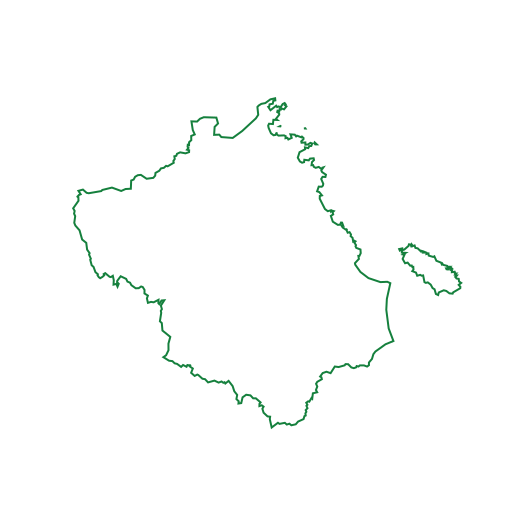 Jember, Jawa Timur, Indonesia (orthographic projection), rotated 219°
{"feature_id": "22746128B56085237319005", "entity_name": "Jember", "entity_type": "district", "adm_level": 2, "iso_a3": "IDN", "parent_name": "Indonesia", "parent_adm1": "Jawa Timur", "projection": "orthographic", "projection_center": [113.624, -8.266], "detail": "fine", "context": "isolated", "style": "outline", "palette": "green", "viewbox_px": 512, "rotation_deg": 219, "n_neighbors": 0, "source": "geoboundaries", "source_scale": "gbopen_adm2", "svg_char_len": 6133}
<svg xmlns="http://www.w3.org/2000/svg" viewBox="0 0 512 512"><g transform="rotate(219 256 256)"><path d="M432.3,198.7L435.0,194.9L431.1,193.6L432.1,191.8L431.6,190.3L432.9,189.8L430.8,189.6L428.7,187.2L428.1,178.0L425.3,176.9L424.0,174.4L421.6,173.2L418.1,167.4L415.6,166.0L409.3,164.9L401.5,159.4L396.2,159.4L391.3,154.7L387.1,153.5L386.6,152.0L382.6,149.9L382.5,148.8L377.9,145.4L375.4,145.3L370.6,142.4L367.4,142.3L367.0,141.3L364.8,140.6L363.1,140.7L362.2,143.1L361.8,145.5L363.0,146.1L362.4,147.8L356.7,147.7L355.5,148.3L354.8,150.5L351.3,147.7L348.7,144.1L347.0,146.4L344.3,145.0L345.2,148.0L347.6,148.3L348.2,149.4L348.4,155.1L342.5,156.5L339.8,155.2L337.1,156.0L334.5,154.9L329.2,155.2L326.9,157.2L326.1,160.0L324.5,160.6L321.3,159.5L319.1,156.7L315.1,157.2L314.1,154.4L310.5,151.6L308.7,154.3L306.4,155.6L304.2,160.6L302.2,157.9L300.9,157.7L301.4,162.0L299.4,163.9L298.7,157.6L295.7,155.5L295.4,153.4L293.9,152.2L289.6,144.8L287.0,144.6L281.8,139.2L271.7,139.2L268.9,132.8L264.7,127.7L263.4,122.3L264.3,119.1L257.7,119.9L254.8,121.7L251.7,121.4L249.4,122.5L244.4,122.7L244.1,125.4L240.3,126.2L240.7,128.1L238.6,129.2L238.4,130.4L238.0,128.5L234.3,128.8L232.9,124.4L228.2,124.2L227.0,126.9L225.9,127.2L220.4,126.9L218.1,128.2L213.7,127.6L209.9,133.0L205.4,134.1L203.8,136.8L201.6,136.9L201.0,138.1L199.6,137.6L198.7,141.7L192.3,140.2L187.7,137.2L183.2,136.2L181.2,132.5L178.0,132.2L176.8,130.3L174.9,132.4L177.5,137.7L176.3,142.0L172.6,144.2L168.6,143.6L166.6,145.3L160.3,145.1L160.3,143.3L158.9,141.5L157.6,143.6L155.3,143.7L154.9,141.3L151.5,139.0L146.1,138.6L143.9,140.0L142.6,137.9L135.9,132.6L134.0,140.2L132.1,140.3L128.6,144.5L126.0,144.4L124.5,146.7L122.0,146.7L119.2,150.2L119.1,153.8L116.4,159.2L117.6,162.0L117.0,163.3L118.6,164.8L118.8,166.6L120.4,167.5L120.2,170.1L122.5,171.3L122.4,172.7L124.6,173.6L124.0,175.9L122.9,176.3L123.5,180.6L122.5,180.5L125.4,185.1L122.7,188.6L125.1,189.6L126.2,193.1L128.9,194.5L129.2,196.8L127.3,201.7L128.8,202.9L130.3,202.7L130.5,207.0L128.4,210.4L124.3,211.9L125.2,219.7L121.9,221.7L118.3,226.8L118.4,228.3L116.3,229.9L111.8,229.4L109.4,230.4L108.1,232.5L108.5,233.8L106.8,234.6L106.4,236.4L103.3,238.9L100.1,240.0L99.5,242.2L101.2,244.3L101.1,249.0L103.0,253.6L103.1,256.9L99.8,268.9L95.7,276.4L107.3,283.2L120.9,296.2L127.3,305.0L134.5,319.4L137.7,318.6L142.9,314.0L154.7,309.6L164.8,309.3L173.4,311.7L174.6,312.7L174.2,318.5L176.5,320.5L175.7,321.2L176.4,324.1L178.9,326.8L183.2,325.4L184.8,326.2L185.1,327.4L188.0,328.3L187.9,330.0L189.4,329.7L189.7,328.5L192.4,330.9L195.0,331.0L195.7,332.5L198.3,333.4L199.4,331.8L201.9,333.1L206.5,332.7L208.4,333.3L208.5,334.4L207.6,334.6L210.1,336.1L211.0,335.5L210.4,333.2L212.0,331.7L217.9,331.0L223.1,334.3L222.2,336.9L224.0,338.1L223.8,339.8L225.7,339.0L225.8,337.9L226.6,338.6L228.4,336.0L232.0,335.9L242.5,340.6L244.2,342.8L242.9,344.6L247.0,345.5L249.2,344.7L250.9,349.4L248.5,351.2L248.3,352.8L249.1,354.4L253.8,356.9L254.1,359.4L251.8,361.1L252.8,363.2L257.4,362.8L259.0,363.5L259.3,364.8L263.3,364.7L265.1,362.1L267.2,361.7L268.8,362.6L270.0,361.5L271.6,364.3L271.3,367.1L272.7,368.2L275.3,365.7L275.2,363.5L279.0,361.2L277.7,359.2L278.9,357.5L281.4,357.1L285.4,358.7L287.5,364.1L285.0,369.9L286.3,371.2L283.3,372.7L283.7,374.9L282.3,376.3L283.1,378.8L284.9,378.2L285.8,375.3L287.7,373.6L289.1,375.3L291.9,372.7L293.0,373.6L292.6,376.6L293.3,377.6L295.4,377.7L295.4,376.8L299.9,375.3L300.1,374.2L302.2,374.7L305.8,372.2L302.6,370.3L304.2,366.9L305.9,367.6L307.2,366.1L308.3,367.8L310.1,367.4L314.3,363.7L316.5,363.6L317.6,365.1L317.1,362.3L318.3,360.9L321.6,360.8L326.8,363.5L328.6,365.0L329.1,367.0L325.9,369.2L328.2,372.8L325.1,375.1L326.8,375.1L326.9,380.5L327.9,381.5L330.1,381.2L330.7,382.5L329.1,383.3L330.1,385.0L328.8,385.4L328.9,386.8L326.5,387.6L326.5,391.5L328.4,391.4L328.3,392.5L330.0,392.9L330.9,390.9L330.5,387.1L332.6,386.4L333.3,385.0L334.9,385.5L336.5,378.4L340.3,379.6L339.8,380.5L340.9,382.4L338.8,384.9L340.2,387.5L338.9,389.1L340.4,390.6L343.4,386.8L345.0,380.7L347.6,377.6L348.6,374.6L348.7,372.7L343.1,367.1L342.7,362.9L345.4,344.4L348.4,333.1L357.8,326.6L360.9,327.2L364.8,323.8L369.4,330.3L368.9,335.1L373.9,338.6L383.9,331.0L385.9,327.4L386.4,323.4L390.9,320.0L384.4,314.1L380.1,311.9L381.9,308.5L379.2,305.3L379.6,302.3L377.8,300.0L379.0,299.5L377.9,297.8L376.5,297.5L376.5,295.2L374.5,296.1L373.4,294.6L375.4,291.4L380.2,288.8L381.7,285.7L381.0,283.7L382.2,282.1L380.2,280.3L380.0,277.8L378.6,276.7L381.1,270.1L382.6,269.5L383.1,266.5L385.0,264.3L384.8,261.4L386.4,257.3L384.9,255.0L385.0,252.1L389.6,247.2L396.5,246.6L398.7,244.4L399.8,241.5L399.2,238.4L400.5,236.1L395.6,229.5L399.5,226.0L401.7,221.7L411.0,218.5L417.0,210.6L417.1,209.1L425.5,199.5L427.4,198.5L432.3,198.7ZM96.3,342.5L92.3,339.7L89.9,340.3L91.0,342.7L88.5,347.5L86.1,348.6L82.2,348.7L79.5,350.5L79.9,351.8L77.0,359.5L77.8,360.7L80.3,361.1L79.6,364.2L82.2,364.0L84.1,365.8L86.0,364.7L87.6,365.1L87.6,366.8L88.2,366.1L88.4,367.2L89.5,366.7L89.4,368.3L90.2,367.6L91.5,368.1L91.2,369.4L93.6,366.7L94.4,367.9L95.7,367.7L95.3,369.5L97.3,369.7L98.2,366.4L99.6,365.6L100.4,366.0L99.3,366.8L98.6,369.6L100.5,368.1L101.3,368.6L105.0,366.9L106.4,367.4L106.4,366.5L108.1,367.3L112.8,365.8L117.2,368.0L117.7,366.8L122.0,365.0L123.6,366.5L124.8,364.8L125.5,365.9L127.8,365.2L127.1,364.8L128.3,363.8L128.8,364.8L131.0,364.0L130.7,363.3L135.2,363.7L137.2,362.6L139.4,364.0L140.3,362.5L142.0,362.9L140.6,360.7L143.1,362.3L144.5,361.3L143.8,359.9L144.8,354.3L145.8,352.8L147.1,354.0L149.1,351.5L147.6,350.7L147.1,351.9L145.8,351.9L144.8,350.4L141.7,352.6L142.7,349.7L141.4,350.4L140.2,346.0L135.6,344.2L134.0,346.3L130.0,345.5L129.0,346.6L127.5,345.8L126.9,346.5L125.1,344.6L125.0,342.6L121.2,343.8L118.3,342.1L116.5,344.7L114.9,344.9L113.9,346.1L108.6,341.7L107.1,342.0L105.9,343.6L102.2,343.7L98.6,342.2L96.3,342.5ZM280.2,380.0L279.0,381.0L281.9,381.2L281.6,380.3L280.2,380.0ZM259.4,367.3L260.0,366.4L259.7,365.7L259.3,365.9L259.4,367.3ZM298.1,386.3L299.0,385.3L297.8,386.2L298.1,386.3ZM318.0,372.5L318.9,372.4L319.2,371.7L318.0,372.5ZM202.3,334.6L202.4,333.5L202.2,333.6L202.3,334.6Z" fill="none" stroke="#15803d" stroke-width="2"/></g></svg>